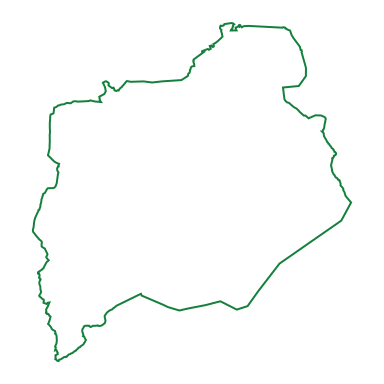 outline of Eidskog nor, Hedmark, Norway
{"feature_id": "86288312B42722797095637", "entity_name": "Eidskog nor", "entity_type": "district", "adm_level": 2, "iso_a3": "NOR", "parent_name": "Norway", "parent_adm1": "Hedmark", "projection": "orthographic", "projection_center": [12.097, 59.991], "detail": "fine", "context": "isolated", "style": "outline", "palette": "green", "viewbox_px": 384, "rotation_deg": 0, "n_neighbors": 0, "source": "geoboundaries", "source_scale": "gbopen_adm2", "svg_char_len": 5729}
<svg xmlns="http://www.w3.org/2000/svg" viewBox="0 0 384 384"><path d="M351.1,202.5L345.6,196.0L344.5,192.3L343.2,190.1L343.3,188.7L341.6,186.6L340.5,185.5L340.6,183.7L340.1,182.1L339.6,181.3L339.7,180.7L339.4,180.1L337.9,179.6L337.8,178.9L337.3,178.5L337.1,178.1L335.6,177.3L334.5,175.1L333.5,174.3L333.2,173.2L332.3,171.7L332.3,171.1L332.0,170.6L332.1,170.2L331.6,167.7L331.4,167.4L331.3,166.0L331.0,165.4L332.5,159.5L332.1,158.8L332.4,158.0L333.1,157.9L333.5,157.4L333.6,156.8L333.9,156.5L333.9,155.7L335.3,155.2L335.4,154.9L335.9,154.5L336.1,153.6L335.8,153.3L335.9,153.0L335.3,152.1L334.4,151.8L334.4,151.4L334.1,151.0L333.7,149.9L333.2,149.6L333.2,149.2L332.9,148.8L331.7,148.1L331.0,146.6L329.8,145.4L329.2,144.1L328.4,143.8L328.1,142.8L327.3,142.2L326.5,140.4L324.1,136.4L323.7,134.2L323.8,133.6L323.6,133.1L322.0,131.5L322.6,131.5L322.9,131.1L323.0,129.9L323.6,129.4L323.9,128.2L324.2,127.8L324.6,124.2L325.1,122.6L325.2,121.6L325.4,121.2L325.4,120.3L325.7,119.4L325.6,118.3L324.7,117.1L321.1,115.5L315.4,115.3L308.6,118.3L305.4,115.5L303.8,115.6L299.7,111.9L297.6,109.5L295.8,108.1L293.9,107.2L289.0,102.9L287.2,102.4L286.4,101.8L285.4,100.8L284.5,99.4L284.3,98.2L283.0,87.5L298.8,86.0L305.9,76.1L305.9,73.0L306.0,68.9L305.7,66.8L301.6,52.4L301.9,51.7L301.8,51.1L301.5,50.5L301.5,50.2L300.7,50.1L299.8,46.6L293.6,38.3L291.6,35.0L290.1,30.6L287.1,29.4L286.4,28.7L285.6,28.7L285.3,28.4L285.2,27.7L283.6,27.2L283.0,27.3L282.6,27.7L279.0,27.5L248.4,25.9L243.7,26.2L241.8,27.3L240.8,26.3L240.5,25.4L239.8,24.9L239.6,25.0L239.5,25.4L239.4,26.5L239.3,26.8L238.8,26.5L238.4,25.9L237.9,26.7L235.6,27.6L236.0,29.5L236.5,30.4L230.8,30.5L231.0,29.9L232.5,28.2L232.6,27.0L233.1,26.5L233.0,26.1L233.1,25.2L234.2,24.3L233.2,23.5L231.8,23.0L224.4,24.1L224.3,24.7L223.3,25.3L223.3,25.6L221.7,26.0L220.8,25.6L220.3,26.0L220.2,26.7L220.3,26.8L220.0,27.7L220.1,28.0L220.1,28.6L221.0,29.7L221.4,29.9L221.1,31.4L221.4,31.9L222.0,33.9L222.2,35.5L222.5,36.7L217.7,41.2L215.4,43.0L213.4,44.1L213.6,44.6L213.8,46.5L212.6,47.0L211.4,45.5L209.8,46.0L210.7,48.8L209.0,49.8L207.9,49.0L207.2,49.2L202.1,51.2L202.1,52.0L203.6,52.2L193.6,59.5L193.7,60.6L193.3,61.0L193.6,61.3L193.5,61.5L193.6,61.9L193.6,62.8L194.1,63.8L194.3,66.1L192.0,66.4L191.1,67.2L190.7,67.9L190.7,68.7L190.4,69.3L190.4,69.5L189.9,70.1L190.0,70.8L189.7,72.4L189.3,73.1L188.4,73.5L187.9,75.9L181.4,80.1L161.7,81.4L152.2,82.5L143.6,81.4L130.9,81.8L127.1,81.1L126.7,81.1L123.4,85.1L122.1,86.4L121.8,87.1L120.4,88.0L119.3,89.3L118.7,90.5L118.3,90.6L117.7,90.2L116.5,90.9L115.5,90.8L114.4,90.2L114.2,88.6L113.5,87.7L113.1,87.7L112.7,88.1L112.2,88.2L108.7,85.6L108.4,85.0L108.9,83.8L108.7,83.1L107.9,82.3L106.2,81.3L105.3,81.4L102.9,82.7L105.0,87.2L105.8,91.3L104.3,94.0L99.3,96.7L99.6,98.0L99.5,98.7L99.7,98.8L99.9,99.8L99.8,100.3L101.0,102.0L95.0,101.5L90.3,100.4L89.0,101.0L84.9,101.3L78.1,101.6L74.5,101.2L73.0,101.6L70.7,103.3L66.8,102.9L64.0,104.3L61.1,104.5L59.6,105.3L58.3,105.4L56.1,107.1L54.2,107.7L53.5,113.4L50.6,114.5L50.1,117.1L50.2,118.0L49.8,123.3L49.8,128.4L49.9,129.1L50.0,132.3L49.7,134.6L49.8,141.8L49.6,145.4L49.6,148.3L48.0,155.3L54.1,161.4L56.2,162.7L59.1,163.9L58.6,165.2L58.7,166.4L58.0,166.4L57.4,168.0L57.1,168.3L57.3,170.6L58.5,172.4L58.2,173.1L57.7,175.8L56.8,182.8L56.4,184.2L55.5,186.4L54.6,187.5L53.3,188.1L48.4,188.2L47.6,188.4L47.0,189.1L45.0,192.8L44.6,193.2L43.4,193.7L43.0,194.2L42.9,195.6L42.4,196.4L42.2,197.7L41.5,199.3L41.3,201.4L41.0,203.1L40.4,204.7L40.5,205.4L40.3,206.0L40.3,207.1L39.7,208.3L39.3,209.9L38.4,210.2L38.3,211.0L35.3,217.5L34.3,220.9L33.6,227.0L32.9,229.9L32.9,230.8L33.1,231.8L36.3,235.9L39.0,239.1L41.6,241.4L41.8,242.0L41.9,243.0L41.6,243.6L41.6,246.3L42.2,247.0L44.9,248.6L45.5,250.1L46.9,252.9L47.5,254.4L46.2,257.1L47.2,258.7L48.7,260.3L47.6,261.4L46.7,262.0L43.8,267.3L43.5,268.4L42.5,268.8L41.7,269.9L40.0,270.8L39.6,271.3L38.5,271.8L38.0,272.4L37.9,273.1L38.0,273.6L38.4,273.9L39.1,273.7L39.6,275.0L39.5,276.2L39.2,276.8L39.3,277.5L39.1,277.9L39.3,278.2L39.8,278.2L40.0,279.0L40.5,279.2L40.6,279.7L39.4,281.6L39.3,282.9L39.5,284.4L40.3,286.4L40.4,288.9L41.1,292.2L39.2,295.8L39.6,296.5L41.0,297.5L41.9,298.5L43.7,299.7L43.9,300.3L43.5,302.8L46.5,303.9L47.0,303.6L47.6,302.8L49.4,302.5L48.7,304.0L47.9,306.3L46.2,309.3L46.1,310.0L46.4,311.5L46.1,312.0L46.0,312.9L46.7,313.2L46.6,313.6L46.9,313.9L47.6,314.1L47.8,313.8L48.6,314.2L48.8,314.4L49.1,315.5L50.5,316.5L50.3,317.9L49.1,321.7L48.1,324.0L48.6,324.3L50.8,326.9L51.9,329.1L53.2,330.1L55.0,331.0L55.5,332.7L55.0,333.5L55.2,333.9L55.9,334.2L56.5,335.7L56.7,337.2L56.6,338.2L56.9,339.6L56.5,343.3L55.1,346.6L55.8,347.4L55.1,350.4L56.3,350.0L56.5,350.2L57.3,352.2L57.7,352.5L57.5,353.4L57.8,354.1L57.6,354.3L55.7,355.1L55.4,355.5L55.6,357.1L55.5,357.6L55.8,358.1L55.3,359.1L56.4,359.8L57.1,360.7L58.6,361.0L58.7,360.5L59.1,359.7L60.8,359.3L64.1,357.1L65.3,356.8L65.7,357.1L66.6,356.7L67.0,356.5L67.1,356.0L69.0,354.4L70.4,354.0L71.1,353.4L72.3,353.1L74.9,351.0L75.9,350.7L76.3,350.0L78.2,348.3L78.5,347.7L80.2,347.0L80.5,346.4L83.1,344.6L83.9,343.7L84.2,342.8L84.7,342.4L85.9,340.0L84.9,338.3L84.4,337.0L83.7,336.4L83.6,335.8L83.1,335.9L83.3,335.1L83.2,334.9L83.1,333.7L82.4,332.1L82.2,330.8L82.4,329.6L82.7,328.8L83.7,327.4L83.8,326.7L84.3,326.1L85.5,325.7L87.0,325.8L87.9,325.6L88.4,325.9L89.3,325.8L90.0,326.7L90.6,327.0L91.6,326.6L93.0,325.8L95.5,325.8L97.7,325.4L98.0,325.8L99.8,326.0L101.8,325.4L104.8,323.2L105.1,322.4L105.5,320.5L104.7,317.0L104.7,315.8L106.6,313.0L108.0,311.6L110.3,310.1L112.2,309.4L113.4,308.1L114.5,307.5L116.4,305.8L140.9,293.8L141.7,295.6L163.0,304.7L168.0,307.1L179.4,310.5L186.6,308.8L205.6,305.1L220.4,301.3L236.8,309.6L247.6,306.1L258.3,291.1L279.5,263.6L341.3,220.6L351.1,202.5Z" fill="none" stroke="#15803d" stroke-width="2"/></svg>